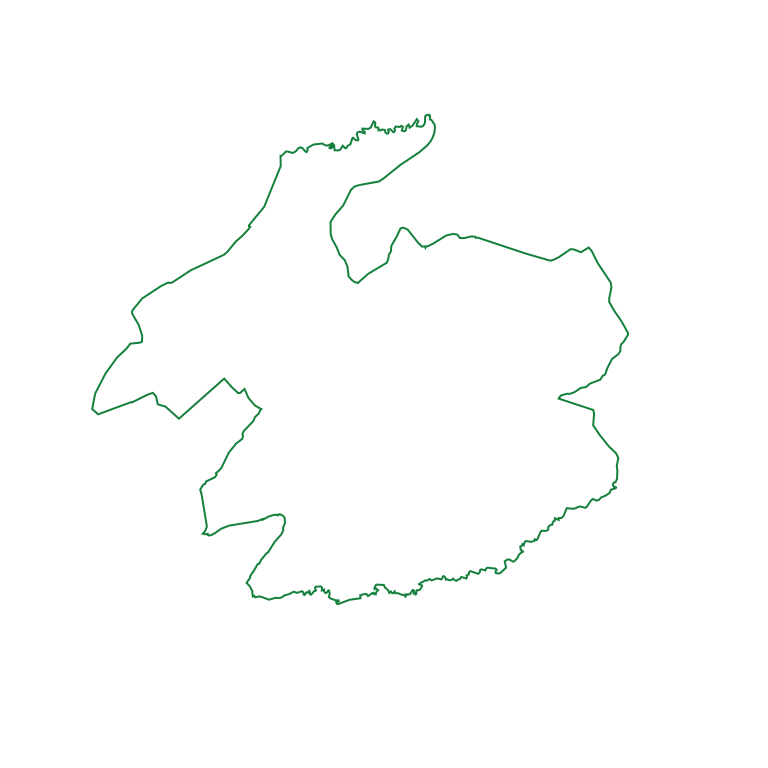 Kibaha Urban, Pwani, United Republic of Tanzania, rotated 46°
{"feature_id": "72390352B56720706839933", "entity_name": "Kibaha Urban", "entity_type": "district", "adm_level": 2, "iso_a3": "TZA", "parent_name": "United Republic of Tanzania", "parent_adm1": "Pwani", "projection": "robinson", "projection_center": [38.935, -6.691], "detail": "fine", "context": "isolated", "style": "outline", "palette": "green", "viewbox_px": 768, "rotation_deg": 46, "n_neighbors": 0, "source": "geoboundaries", "source_scale": "gbopen_adm2", "svg_char_len": 6165}
<svg xmlns="http://www.w3.org/2000/svg" viewBox="0 0 768 768"><g transform="rotate(46 384 384)"><path d="M615.5,285.7L614.0,282.1L608.1,276.0L604.9,273.8L599.9,266.8L595.1,265.2L585.1,265.6L571.0,264.3L559.1,262.3L551.4,253.6L548.1,251.5L515.8,268.5L515.1,265.0L518.0,259.2L520.0,257.5L522.2,252.7L523.5,245.2L526.5,240.7L526.8,235.5L531.1,225.5L530.1,221.1L530.7,218.2L527.6,212.1L524.4,202.6L525.3,194.6L524.4,190.9L521.8,188.5L520.2,185.8L520.1,182.2L518.0,174.1L516.6,173.0L503.9,169.6L491.0,167.5L481.2,164.9L478.7,162.3L472.6,153.4L468.7,150.5L445.3,146.2L432.6,142.2L428.0,142.0L426.0,150.8L418.8,154.1L416.6,156.2L414.2,170.2L412.4,175.8L410.7,178.8L388.5,191.5L343.6,215.0L342.5,216.5L341.5,216.1L338.6,218.5L334.6,225.2L331.6,228.0L327.6,227.4L324.2,229.8L320.4,236.0L317.1,251.3L315.2,257.0L314.3,258.0L314.7,259.5L313.5,258.9L311.6,261.2L305.7,261.3L289.2,259.7L284.8,261.6L283.6,264.1L286.9,272.8L289.7,282.7L293.4,286.9L294.5,290.9L296.9,293.9L298.7,297.7L293.7,319.0L293.2,332.7L290.2,334.3L286.9,334.9L282.0,334.7L274.1,328.7L267.7,326.2L260.2,326.2L253.2,323.2L243.3,320.5L239.0,318.1L230.2,309.8L228.3,301.2L227.2,289.3L221.3,272.6L221.6,267.7L223.8,263.4L234.8,247.0L235.8,241.6L237.8,219.8L241.8,197.8L242.4,187.2L241.9,182.5L240.7,178.3L238.7,174.0L234.9,169.1L232.8,167.6L229.9,166.9L227.1,166.5L225.5,167.2L224.1,165.4L222.1,164.3L221.7,165.4L220.9,165.4L220.1,166.4L220.1,168.5L224.1,172.6L225.1,174.5L225.5,176.4L225.0,178.3L221.3,181.4L219.8,179.8L219.0,176.8L216.3,176.4L217.9,183.7L217.7,185.8L217.4,187.5L214.5,186.1L214.3,188.6L216.5,191.8L216.6,193.1L215.4,194.6L214.1,195.1L212.2,191.7L210.2,192.3L210.2,193.9L206.9,196.8L207.5,199.1L208.7,199.4L209.9,201.6L209.1,202.4L205.2,202.4L203.9,203.9L204.2,204.9L205.8,205.2L206.6,206.8L206.1,208.0L203.7,208.2L202.0,206.9L199.4,208.8L199.4,210.1L198.7,210.7L197.4,211.1L196.8,210.2L197.0,211.1L195.7,210.0L193.7,211.6L192.5,211.5L190.0,208.7L188.0,208.9L190.3,215.6L189.7,217.9L185.3,222.2L186.6,223.1L189.1,222.7L190.3,223.7L185.2,226.6L184.7,228.8L185.4,230.1L190.4,232.6L190.6,233.6L188.7,235.1L185.4,235.1L185.2,236.0L188.2,241.6L187.5,244.9L188.1,247.5L186.9,248.2L184.0,248.1L185.0,252.7L184.4,254.5L181.5,257.2L178.1,254.4L177.7,258.3L176.5,259.3L176.0,258.9L176.1,254.0L175.0,253.8L173.7,258.1L172.2,260.1L168.0,261.5L162.7,268.5L161.0,275.2L163.0,276.9L163.5,278.5L162.4,279.0L157.5,278.8L155.8,279.6L154.9,281.8L155.3,285.9L154.5,289.1L149.7,291.9L148.6,293.4L148.8,296.8L148.6,299.7L148.1,300.0L155.5,306.9L173.3,347.1L176.0,370.7L176.8,371.7L177.9,371.1L178.5,373.4L179.0,382.8L178.6,391.4L180.1,405.0L179.9,409.3L168.0,443.9L163.8,466.0L162.3,468.2L161.1,468.7L158.6,476.6L154.5,498.5L156.2,513.3L157.1,515.3L159.0,516.4L171.0,519.4L181.2,524.3L185.5,528.8L184.4,531.3L178.8,538.4L179.7,545.2L179.5,557.6L182.9,576.7L190.2,598.3L199.3,611.3L207.2,610.7L221.4,578.4L222.1,578.3L227.3,561.8L229.8,556.4L234.6,556.6L241.5,560.9L248.4,556.9L266.5,555.6L269.1,495.2L280.5,495.7L289.2,495.2L290.5,493.7L290.7,487.8L299.9,491.2L309.8,491.8L316.9,489.7L316.9,491.3L318.2,494.5L318.2,499.9L319.9,503.5L320.4,517.2L321.4,520.3L323.9,522.1L325.0,524.0L324.1,531.7L325.6,543.4L331.3,559.0L331.7,563.5L331.3,566.9L333.0,567.3L333.7,570.2L330.5,579.7L331.6,582.3L330.9,583.8L332.2,589.5L337.0,592.1L363.5,610.4L365.5,614.8L365.8,618.3L368.6,616.3L369.3,614.9L370.0,615.6L371.3,615.3L372.7,613.0L373.9,609.0L375.0,601.6L378.3,593.8L395.0,569.7L396.3,566.1L397.0,564.9L397.4,565.4L399.2,559.1L401.5,554.5L403.9,551.5L404.9,551.5L405.1,549.4L409.2,548.1L411.5,548.6L415.2,551.8L417.4,556.7L419.2,557.9L420.9,562.5L421.6,572.1L424.5,584.2L424.2,586.6L425.1,594.4L426.6,598.9L425.8,600.0L428.1,607.9L428.9,612.7L430.5,615.6L431.6,621.0L436.5,621.1L441.2,622.5L445.7,626.0L446.2,624.5L448.1,624.8L450.1,621.3L451.5,620.3L459.3,616.5L462.5,610.5L465.6,607.7L466.6,605.3L466.8,602.8L469.3,598.1L470.7,593.2L473.8,591.7L476.1,586.9L477.8,586.8L479.8,588.1L480.7,587.5L479.9,585.1L480.0,584.3L481.4,583.5L480.9,581.6L481.9,581.7L483.6,583.3L484.9,582.8L484.5,577.9L485.3,577.0L485.0,576.2L482.7,575.3L482.4,573.9L485.8,570.0L487.7,570.2L489.3,572.1L490.3,569.9L491.4,571.2L493.8,571.3L494.3,570.3L493.8,567.4L494.6,567.1L497.4,569.0L498.9,571.6L500.7,571.6L506.0,569.1L508.0,567.0L508.9,567.6L507.8,570.0L509.3,570.6L510.4,570.0L515.3,558.7L521.8,549.7L519.4,547.9L521.2,544.5L522.7,542.6L525.5,542.8L526.3,537.7L526.9,537.7L526.9,536.7L528.7,536.9L529.7,536.0L528.4,534.8L528.2,531.4L525.3,531.8L525.1,533.2L523.9,532.5L523.0,529.2L523.6,528.2L528.5,523.7L530.8,524.6L535.6,524.3L537.9,525.4L538.1,523.2L540.1,523.5L540.8,522.8L540.6,520.4L542.2,521.3L544.3,519.2L548.3,517.5L549.6,515.8L551.8,516.4L551.6,514.5L550.8,513.9L552.6,512.5L553.2,511.1L552.1,506.5L553.1,506.0L553.1,507.3L554.3,506.7L555.3,508.1L556.0,506.7L557.2,507.6L557.5,506.8L555.4,504.3L555.3,503.3L556.3,502.6L556.8,501.0L556.0,497.1L555.0,496.7L552.5,497.9L552.2,497.3L554.0,490.5L555.4,489.4L555.9,486.7L558.3,486.2L560.9,480.6L564.3,478.6L564.4,477.3L563.3,475.3L563.7,474.5L565.7,474.3L567.7,475.4L568.2,474.3L570.3,473.5L571.7,471.9L572.0,469.4L573.7,469.6L576.0,468.6L576.0,466.8L577.1,464.8L576.5,462.4L581.1,459.9L580.4,458.3L579.1,457.6L579.9,455.4L578.5,453.6L578.6,451.8L586.0,448.1L586.0,445.9L584.6,444.0L585.0,442.6L588.5,440.6L587.6,438.1L588.3,436.9L594.3,432.0L595.9,432.0L596.5,434.2L597.6,434.9L599.7,433.5L600.8,431.6L600.9,423.7L595.4,420.4L595.9,417.5L597.1,415.8L601.3,414.6L602.1,413.4L601.7,408.2L600.7,406.2L600.5,403.0L601.2,400.5L599.6,400.4L598.6,401.1L595.5,398.8L596.2,396.8L595.4,395.7L597.1,395.5L595.6,393.1L595.4,391.7L596.0,390.6L599.7,387.9L601.4,384.7L600.4,383.4L602.2,382.7L602.3,381.6L599.3,374.6L599.1,372.6L598.4,373.0L601.8,370.1L602.9,367.8L602.4,366.4L601.1,365.6L600.9,362.6L602.1,360.6L600.8,358.9L600.4,356.4L600.9,356.0L599.4,354.2L603.2,352.8L601.8,351.5L603.6,349.4L603.7,346.7L600.3,338.8L605.7,334.1L608.1,328.1L612.6,325.4L613.3,324.1L611.5,315.5L611.8,313.6L615.7,312.0L616.7,309.6L616.4,306.8L618.2,302.2L619.1,296.9L617.6,294.3L619.9,290.0L619.8,289.0L619.1,288.9L617.6,290.1L615.2,289.3L614.5,286.9L615.5,285.7Z" fill="none" stroke="#15803d" stroke-width="2"/></g></svg>